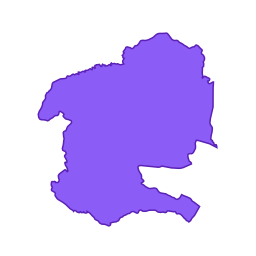 map outline of Sipaliwini (Albers equal-area conic projection), rotated 99°
{"feature_id": "SUR-69", "entity_name": "Sipaliwini", "entity_type": "District", "adm_level": 1, "iso_a3": "SUR", "parent_name": "Suriname", "parent_adm1": "", "projection": "albers", "projection_center": [-55.917, 3.687], "detail": "fine", "context": "isolated", "style": "filled", "palette": "violet", "viewbox_px": 256, "rotation_deg": 99, "n_neighbors": 0, "source": "natural_earth", "source_scale": "10m", "svg_char_len": 5819}
<svg xmlns="http://www.w3.org/2000/svg" viewBox="0 0 256 256"><g transform="rotate(99 128 128)"><path d="M223.2,146.4L221.6,147.6L220.3,149.6L218.5,151.7L217.8,152.8L216.8,155.3L218.0,155.1L218.5,155.9L218.6,157.0L218.5,158.0L218.0,158.4L217.8,158.7L218.5,159.2L218.9,161.0L218.7,161.3L218.1,161.7L218.4,162.4L218.9,163.0L219.2,163.0L219.2,163.7L218.9,165.2L218.0,166.5L217.8,167.6L217.9,167.9L218.9,168.8L218.3,169.1L218.0,169.5L216.8,172.5L213.3,177.4L211.5,180.9L209.6,185.7L208.9,186.9L206.5,189.2L205.9,189.5L204.1,189.6L203.1,190.2L201.8,193.5L201.2,193.9L200.3,194.0L198.6,193.5L197.9,193.7L197.1,194.6L196.2,194.9L194.3,195.1L193.4,195.0L192.8,194.7L192.7,193.3L192.2,192.2L192.5,191.3L193.1,191.1L193.2,190.8L192.9,189.7L192.8,188.8L191.9,188.2L190.9,187.8L190.0,187.8L188.4,188.7L186.0,189.4L184.2,188.7L179.3,184.0L179.1,183.6L179.3,182.9L180.2,181.9L180.6,181.3L180.3,180.8L179.4,180.9L177.4,181.7L176.4,182.3L174.6,183.9L172.4,184.9L172.0,184.9L171.6,184.5L171.8,183.5L171.5,183.1L169.9,183.2L166.0,186.2L164.8,186.2L164.2,185.5L163.5,185.2L162.6,185.2L161.8,185.6L160.9,186.4L160.5,188.2L160.1,189.0L158.7,189.6L157.0,189.5L155.1,189.3L153.3,189.3L150.5,189.5L148.5,189.4L146.7,190.2L142.8,191.2L141.9,191.0L141.4,190.6L140.4,189.1L140.0,188.8L136.5,188.0L135.7,187.6L133.0,185.4L131.9,184.8L130.8,184.7L130.2,184.9L129.9,185.1L129.5,186.0L129.0,188.1L128.9,190.2L128.7,191.1L126.9,193.6L126.3,193.9L125.7,193.9L124.9,193.4L124.3,193.5L123.6,194.3L122.9,195.7L122.3,197.2L122.2,198.1L122.7,198.5L124.9,198.6L125.8,198.8L126.7,199.7L127.1,201.6L127.8,202.6L129.5,203.9L131.3,206.2L133.0,207.6L133.3,208.2L133.5,208.8L133.1,210.3L133.1,212.5L133.4,214.5L133.2,216.2L131.6,217.8L128.4,218.8L125.3,218.2L122.2,216.9L119.1,216.1L116.7,216.2L115.9,216.1L112.3,214.2L111.4,214.1L109.0,214.6L108.3,214.4L105.7,213.5L105.3,212.5L104.9,212.1L103.8,211.8L103.1,211.2L102.8,210.8L100.9,209.8L96.1,209.7L94.8,209.2L90.1,202.5L88.9,197.8L88.3,196.8L86.3,196.2L86.0,195.7L86.1,194.0L85.5,192.9L83.8,191.3L83.4,190.5L83.8,189.2L83.6,188.8L82.8,188.0L82.4,186.9L82.8,185.4L82.4,184.9L81.4,185.6L80.7,185.9L80.4,185.4L80.6,183.8L80.5,183.4L79.1,181.5L79.0,180.7L79.4,179.5L79.1,178.9L78.1,179.4L77.7,179.1L77.4,177.2L76.9,176.3L75.6,175.0L75.4,174.3L75.9,173.2L76.0,172.7L75.5,172.5L73.7,172.8L73.4,171.9L74.2,170.1L73.9,169.8L71.9,170.5L71.3,170.3L70.9,169.3L70.5,169.1L69.7,166.1L70.9,165.0L71.4,164.3L71.2,163.6L69.6,163.4L69.0,163.1L69.6,162.0L69.4,160.6L69.5,160.4L70.2,160.4L70.4,160.2L70.0,158.9L69.6,157.8L68.7,157.0L68.3,156.1L69.0,154.7L68.7,154.4L68.0,154.9L67.5,155.1L67.0,155.0L66.4,154.6L66.9,153.9L67.0,153.3L66.4,151.6L66.7,149.5L66.1,148.1L66.6,147.1L66.7,145.4L66.6,144.8L65.4,142.2L63.8,143.5L62.5,143.7L59.7,142.6L59.7,143.5L59.4,143.9L58.0,144.3L57.2,145.0L56.9,144.5L55.8,144.3L54.9,143.7L54.3,143.6L53.8,144.5L53.3,144.6L52.8,144.4L50.5,143.1L48.7,142.7L48.3,142.2L48.0,141.1L48.3,139.5L48.2,138.6L48.9,137.1L49.0,136.3L48.2,135.3L46.9,134.5L46.1,134.3L45.4,133.0L45.0,131.8L43.1,130.6L40.7,129.6L39.9,129.1L39.4,128.2L39.1,127.1L38.9,124.9L38.7,124.0L37.7,121.7L35.2,118.1L34.4,117.2L31.2,114.6L30.1,113.1L29.6,111.4L28.9,107.2L28.3,105.1L28.4,104.1L29.1,103.1L33.4,98.7L33.9,97.9L34.2,96.9L34.3,95.7L33.8,93.4L34.0,92.5L35.5,90.4L35.9,88.8L36.8,86.6L37.6,85.3L38.4,82.8L39.2,81.5L39.6,80.7L39.7,79.7L39.3,78.9L38.0,77.2L37.4,75.2L35.7,74.2L35.4,73.5L35.7,71.9L36.5,70.8L38.0,69.0L39.0,67.3L39.4,67.0L40.0,66.8L41.6,67.3L42.8,67.2L43.3,66.7L44.1,65.3L45.4,64.1L47.0,63.3L48.9,63.2L50.8,64.0L52.9,63.2L55.3,63.0L56.6,64.0L58.1,63.7L61.9,63.3L63.2,63.0L64.5,62.4L65.2,62.3L66.4,62.6L66.9,62.3L65.1,60.7L64.9,60.2L65.1,59.0L65.8,57.3L66.1,55.9L66.5,55.2L67.0,54.9L67.9,55.0L68.5,55.2L68.9,55.7L69.2,56.6L70.7,55.9L71.3,55.3L71.5,54.6L71.2,53.7L69.5,51.7L69.2,50.8L71.6,50.5L74.5,50.3L94.0,47.3L105.7,48.1L110.3,47.9L111.8,47.1L113.6,45.4L114.4,44.9L115.4,44.6L118.2,44.4L123.0,44.7L126.0,44.5L126.4,44.3L127.3,42.6L128.2,42.4L129.1,41.1L131.1,40.1L131.2,39.5L130.7,38.7L130.8,38.2L131.4,37.8L133.4,37.2L130.8,45.0L129.4,56.1L129.4,58.6L132.2,59.2L132.8,59.2L135.1,58.5L137.3,58.2L138.3,58.4L141.4,59.4L142.5,60.0L143.1,60.6L143.4,61.1L143.7,63.0L144.1,64.1L144.6,64.5L145.1,64.7L147.2,64.3L150.8,62.6L151.3,62.2L151.6,61.3L152.4,60.2L153.6,59.7L158.6,67.5L159.2,69.0L159.8,70.8L160.6,78.8L160.3,88.6L160.9,89.4L161.6,90.5L162.0,92.0L163.0,109.2L163.4,110.8L163.6,111.3L164.5,111.9L165.5,112.0L166.0,111.9L169.2,110.2L171.8,107.8L172.3,107.5L173.4,107.1L175.5,106.8L176.0,106.4L177.3,104.5L177.7,104.2L178.1,104.1L178.4,104.3L179.0,104.7L179.8,106.0L180.3,106.3L180.8,106.1L181.1,105.7L181.9,103.5L183.2,101.4L184.4,98.0L184.3,96.4L183.2,92.8L183.2,91.0L183.8,89.9L185.5,88.4L186.4,87.3L186.9,86.3L187.1,85.1L187.1,80.3L188.0,78.3L188.4,76.1L189.4,73.9L189.7,71.5L190.8,69.5L190.8,68.4L190.0,67.0L188.7,65.8L185.4,64.6L186.2,62.2L186.7,59.4L187.8,55.6L188.0,55.3L188.3,54.8L190.0,53.3L190.3,52.9L190.9,51.3L194.3,45.0L203.9,48.6L207.2,50.8L209.0,51.4L210.1,52.0L211.3,53.2L210.7,54.0L210.2,55.9L209.1,56.8L208.6,58.0L206.0,61.0L205.1,62.4L204.6,64.0L205.1,66.0L205.0,66.7L203.4,67.9L203.2,68.3L203.6,69.5L203.6,75.6L203.8,76.2L205.2,76.9L205.7,77.8L205.6,80.8L206.2,82.4L206.3,83.0L206.3,85.0L206.1,85.8L205.1,87.6L205.0,88.9L205.9,94.1L207.4,97.2L207.8,99.4L207.8,100.6L207.0,102.4L207.2,103.2L207.8,103.9L208.4,104.3L210.0,104.7L210.5,105.1L210.7,106.1L209.7,109.3L209.8,110.5L210.2,111.4L211.9,112.9L212.2,113.3L212.8,115.0L214.1,116.4L215.3,118.6L216.2,119.1L216.4,119.5L216.6,119.5L217.4,121.0L217.9,121.6L218.8,122.1L220.4,122.6L221.0,122.9L222.5,125.0L223.5,128.4L224.6,130.2L224.7,130.5L226.2,130.1L226.7,130.3L227.4,131.0L227.7,131.6L227.6,132.4L227.2,133.5L226.8,135.5L227.0,139.2L226.2,141.2L224.4,143.0L223.7,145.5L223.2,146.4Z" fill="#8b5cf6" stroke="#5b21b6" stroke-width="1.5"/></g></svg>